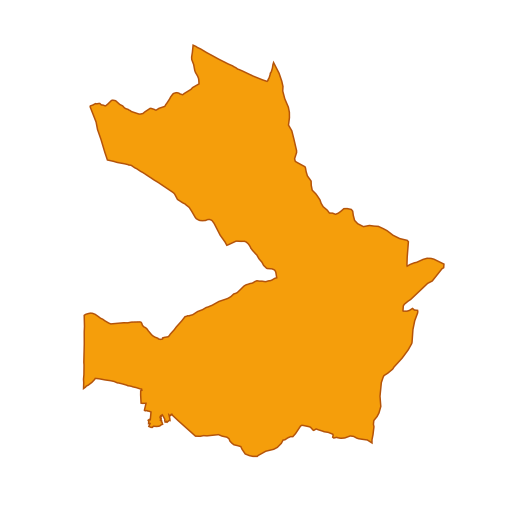 the district of Sistarovat, Arad, Romania, rotated 99°
{"feature_id": "2599482B58875225116785", "entity_name": "Sistarovat", "entity_type": "district", "adm_level": 2, "iso_a3": "ROU", "parent_name": "Romania", "parent_adm1": "Arad", "projection": "robinson", "projection_center": [21.746, 45.981], "detail": "fine", "context": "isolated", "style": "filled", "palette": "amber", "viewbox_px": 512, "rotation_deg": 99, "n_neighbors": 0, "source": "geoboundaries", "source_scale": "gbopen_adm2", "svg_char_len": 6102}
<svg xmlns="http://www.w3.org/2000/svg" viewBox="0 0 512 512"><g transform="rotate(99 256 256)"><path d="M430.8,307.1L443.4,287.6L442.8,282.9L441.6,279.7L441.3,276.3L438.3,265.1L439.2,261.4L439.5,256.4L440.7,254.1L443.0,252.7L444.6,250.6L445.9,248.3L446.2,244.3L446.6,241.2L449.0,239.6L453.2,235.7L454.2,231.3L454.4,227.7L453.7,223.4L452.7,222.7L447.3,215.8L444.1,208.2L441.7,205.0L437.1,201.7L433.6,200.5L433.0,198.7L430.7,196.2L429.0,193.6L428.7,191.4L425.3,189.2L417.0,185.4L416.0,184.2L416.0,182.1L416.3,176.8L416.6,175.4L419.1,172.3L419.2,171.7L417.4,169.5L417.9,167.2L418.6,162.5L418.9,161.4L418.9,157.0L419.3,155.3L420.0,152.3L420.9,151.8L423.0,151.9L423.6,150.7L422.5,147.9L422.7,147.0L422.8,144.4L422.6,142.9L421.8,139.8L419.0,134.8L418.9,131.4L420.1,128.0L420.4,126.1L420.4,121.9L420.3,117.3L422.5,112.2L419.4,112.7L414.3,112.5L406.2,112.8L403.8,113.7L400.1,113.9L395.6,111.3L391.8,110.0L385.1,109.2L375.1,111.6L361.4,112.4L356.0,111.5L354.1,110.9L351.1,107.5L346.3,103.3L344.0,102.3L334.0,95.7L324.9,91.0L318.1,88.5L316.7,88.4L304.1,89.5L295.1,89.1L287.2,87.5L285.7,87.5L284.4,87.9L284.6,91.1L283.3,93.2L285.7,95.9L286.9,98.3L287.4,102.0L286.9,102.3L282.2,102.7L280.4,101.9L276.8,98.7L274.7,96.4L256.2,82.2L253.1,78.0L239.5,70.3L238.2,68.8L234.6,69.1L231.3,79.8L231.0,82.8L231.5,86.7L233.2,90.4L237.1,96.3L238.0,98.6L240.2,102.4L242.4,105.1L241.4,105.5L233.3,106.5L218.1,107.7L216.9,109.1L216.3,116.8L214.1,123.9L210.5,130.5L209.1,134.5L207.6,139.8L208.0,144.0L208.1,148.7L210.2,154.5L208.2,160.6L205.4,164.2L200.6,166.3L196.6,167.5L195.1,169.2L194.9,173.4L195.5,176.6L198.8,179.4L200.8,181.4L202.4,184.0L201.7,187.0L202.1,190.2L199.6,192.8L196.8,197.4L193.8,199.9L190.6,201.6L187.2,204.7L185.2,206.7L182.2,210.8L177.5,212.5L173.4,213.3L168.8,217.8L164.8,219.7L161.3,220.9L160.2,221.6L156.8,231.1L156.1,232.2L153.8,233.1L147.5,232.1L145.6,232.4L134.5,236.9L126.8,240.2L121.6,244.4L114.2,244.6L108.9,245.5L104.0,247.3L96.2,252.2L88.9,255.4L84.3,255.9L79.3,257.9L71.9,261.8L62.2,268.9L64.4,269.2L67.9,269.2L70.9,269.6L72.0,269.8L73.3,270.5L73.8,270.3L78.0,270.9L80.0,271.7L80.7,271.6L81.8,272.4L81.0,277.2L78.7,287.2L75.4,298.3L74.4,302.2L74.3,303.3L73.2,305.3L72.4,307.8L71.9,308.7L70.7,313.4L67.5,323.4L62.7,336.9L60.2,343.0L59.2,346.5L58.4,348.2L57.6,351.1L64.8,350.7L69.6,350.7L72.0,350.2L76.7,347.5L82.4,345.5L84.3,344.4L87.5,341.8L89.5,340.6L91.3,340.0L94.9,339.2L99.6,345.0L101.6,346.3L106.8,352.4L107.8,353.2L108.2,353.7L107.8,356.5L107.2,357.7L107.1,359.5L107.2,360.4L108.2,362.6L108.9,363.4L112.3,365.2L114.2,365.8L118.9,367.9L120.8,368.9L121.9,369.2L122.6,369.7L125.3,374.9L127.2,377.0L127.6,377.6L127.6,378.1L127.1,379.5L126.6,382.9L126.8,383.7L131.0,388.3L133.0,390.0L134.0,392.7L134.1,393.8L132.8,401.7L132.1,402.9L131.7,404.4L131.2,405.3L130.9,407.4L130.3,409.1L128.6,411.2L127.6,414.3L124.6,418.9L124.5,420.5L124.5,422.0L125.0,423.1L129.2,426.2L131.2,428.0L131.3,428.6L130.9,430.5L130.9,432.5L129.8,434.1L129.8,434.7L130.5,436.8L130.7,437.7L130.6,438.4L132.5,440.9L133.7,443.1L134.2,443.2L134.9,443.0L148.7,434.9L155.9,432.3L165.2,427.3L177.3,421.5L184.4,417.8L184.8,411.4L185.3,407.8L185.5,399.8L185.8,396.4L186.1,395.7L185.9,394.7L186.0,393.4L187.9,389.4L188.4,387.6L190.5,383.1L191.3,380.7L196.9,368.5L198.4,364.7L206.1,348.1L206.8,346.9L207.6,346.0L212.4,342.4L214.9,336.8L215.7,334.2L216.6,332.9L217.5,331.2L218.5,329.5L222.0,326.4L227.2,322.2L228.5,320.8L229.4,318.4L229.7,317.0L229.5,314.4L228.8,311.4L227.7,309.7L227.2,307.9L227.3,306.8L227.7,305.3L228.1,304.7L230.3,302.5L241.1,294.6L247.1,288.7L250.0,286.5L249.0,284.8L244.5,278.1L244.3,277.1L243.9,273.2L243.3,269.7L243.7,267.9L245.0,265.8L245.9,264.8L247.8,263.1L249.0,262.4L251.2,260.1L254.1,256.5L254.7,255.5L258.2,252.7L261.3,249.1L264.1,247.0L266.4,243.7L266.6,242.9L266.2,238.2L266.9,235.5L268.1,234.4L269.2,233.8L274.3,232.1L275.1,233.9L277.1,236.3L278.0,237.7L278.7,240.0L279.6,241.8L279.9,242.7L279.9,246.1L280.3,248.5L280.3,251.2L281.3,252.9L283.4,255.4L284.1,257.5L285.3,259.7L285.9,261.1L287.3,262.9L288.4,263.8L295.0,268.7L295.9,269.9L297.0,272.1L300.0,274.4L302.1,276.9L303.1,278.6L306.7,285.5L311.6,291.7L312.7,293.6L313.7,295.1L314.7,297.2L317.3,300.3L320.0,305.0L323.9,309.3L325.2,312.2L325.6,312.7L325.7,314.1L326.6,315.5L327.0,316.6L331.7,319.2L338.5,323.6L341.8,325.3L346.5,328.4L348.1,329.1L349.5,330.1L350.7,333.7L351.5,335.4L352.3,335.2L352.7,335.6L353.0,336.3L353.3,337.3L353.2,339.4L352.6,340.0L351.9,343.3L351.0,345.4L350.2,346.7L346.5,351.0L345.3,352.0L344.1,353.8L343.6,355.5L343.0,356.4L342.1,357.4L340.4,358.3L339.5,359.1L339.3,359.8L339.3,360.6L340.8,368.7L342.1,372.3L342.6,376.1L345.8,388.8L345.3,390.9L343.7,395.0L342.4,397.6L341.8,399.8L340.5,402.2L338.8,405.7L338.2,408.4L338.3,410.5L339.0,412.4L340.1,414.8L340.9,415.8L341.5,416.4L352.4,414.4L357.7,413.8L370.1,411.8L388.0,409.4L390.5,408.8L400.1,407.4L404.7,407.1L407.8,406.4L413.9,405.6L412.2,403.9L411.0,403.2L409.9,401.6L406.6,398.4L403.1,396.0L402.1,395.7L402.0,395.2L401.8,391.6L402.0,385.7L401.9,380.0L402.1,376.5L403.0,373.1L402.9,371.9L403.2,368.1L403.8,363.5L404.2,362.3L404.1,360.4L404.2,358.6L404.5,357.1L404.7,353.7L405.4,349.4L405.3,348.2L406.5,347.7L406.9,348.6L407.2,348.8L411.3,348.2L419.3,346.5L419.3,345.0L418.7,341.6L425.8,342.1L426.2,341.3L426.1,340.7L425.8,340.2L425.9,339.6L425.8,339.1L426.1,338.6L426.0,337.5L426.5,335.3L434.3,334.8L434.4,335.2L434.1,335.8L435.6,337.3L434.9,336.2L438.3,335.9L437.9,335.0L438.0,334.4L441.1,335.2L441.7,332.8L441.5,331.6L441.0,331.5L440.8,331.0L440.2,330.6L439.9,327.4L439.3,325.2L438.6,324.1L437.6,323.3L436.8,321.9L434.6,323.0L434.5,323.5L433.3,323.5L432.9,324.1L433.2,324.2L433.2,324.7L432.0,324.7L431.7,324.1L431.1,324.3L430.3,325.0L430.7,325.3L430.7,325.5L429.4,325.5L428.9,325.2L429.3,324.8L429.8,324.6L428.7,324.3L428.2,324.4L427.5,323.8L428.9,322.5L431.6,320.5L432.9,320.4L434.3,319.7L433.4,318.5L434.1,318.2L434.2,317.9L432.0,316.1L432.0,315.2L429.8,315.8L426.7,317.0L427.3,316.1L427.5,316.0L426.6,315.4L426.6,315.2L426.3,314.8L425.8,315.0L425.7,314.8L425.8,314.5L425.5,314.3L426.5,313.4L430.8,307.1Z" fill="#f59e0b" stroke="#b45309" stroke-width="1.5"/></g></svg>